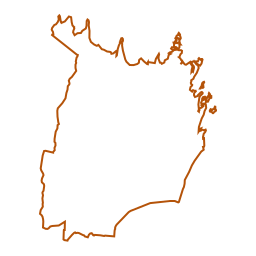 outline of Kandieng, Pouthisat, Cambodia
{"feature_id": "14789045B76302811248791", "entity_name": "Kandieng", "entity_type": "district", "adm_level": 2, "iso_a3": "KHM", "parent_name": "Cambodia", "parent_adm1": "Pouthisat", "projection": "robinson", "projection_center": [104.048, 12.697], "detail": "fine", "context": "isolated", "style": "outline", "palette": "amber", "viewbox_px": 256, "rotation_deg": 0, "n_neighbors": 0, "source": "geoboundaries", "source_scale": "gbopen_adm2", "svg_char_len": 5679}
<svg xmlns="http://www.w3.org/2000/svg" viewBox="0 0 256 256"><path d="M40.0,213.8L41.6,215.2L42.5,216.7L43.1,219.3L43.3,221.6L43.0,227.5L45.7,228.8L47.5,228.9L48.6,228.3L50.3,226.5L52.2,226.0L58.8,225.5L64.9,221.7L64.7,230.0L63.9,230.0L63.8,230.6L63.5,239.4L64.4,240.1L67.5,240.6L67.9,239.6L72.2,234.7L74.2,232.8L75.1,232.4L75.9,233.1L77.5,232.8L78.8,233.0L82.8,235.0L84.1,235.4L84.8,236.4L87.8,237.3L88.9,234.8L90.2,233.5L91.7,233.2L92.4,234.2L93.1,234.7L93.2,235.2L94.0,235.5L94.8,234.9L100.3,235.3L104.2,236.0L105.0,235.6L114.2,236.4L114.6,230.8L114.9,229.3L115.2,228.9L115.1,227.9L115.5,226.5L116.6,224.7L128.7,212.1L130.6,210.9L150.2,203.1L170.0,201.0L174.7,201.0L178.2,202.4L178.9,202.0L182.9,189.1L183.9,187.0L184.6,183.7L184.8,180.0L189.1,171.9L191.9,165.4L194.6,160.8L201.2,151.6L203.7,149.7L203.0,146.9L204.0,146.7L204.3,145.7L204.0,138.3L203.1,138.7L203.0,137.1L203.7,133.8L205.2,132.0L205.9,130.4L205.6,129.6L203.9,130.3L202.0,129.5L201.2,130.5L200.0,130.9L200.2,130.3L199.6,129.8L200.5,128.6L199.7,128.9L199.0,131.0L198.6,131.6L198.9,127.0L201.7,118.5L203.7,114.7L204.6,111.0L206.2,107.9L205.8,104.5L205.5,104.2L203.4,104.3L202.9,103.8L203.5,103.6L204.7,104.0L205.7,102.7L206.0,101.2L206.5,100.6L207.4,101.7L208.0,101.6L209.3,98.8L209.4,97.4L210.1,94.4L209.0,93.0L208.8,93.4L208.9,94.9L206.9,97.9L206.8,98.8L206.4,99.0L206.5,97.9L205.4,97.0L204.9,98.5L206.2,100.2L204.3,99.4L203.5,99.9L203.1,99.5L201.9,100.8L201.1,102.8L201.5,103.9L201.8,103.4L202.1,103.7L201.5,104.9L202.1,105.5L201.7,105.8L202.3,106.4L203.2,105.4L203.4,106.1L201.5,107.7L199.8,108.1L199.4,108.7L199.4,110.4L199.0,110.7L198.9,111.7L198.2,111.1L198.9,109.4L198.4,104.4L199.3,97.9L199.9,96.2L202.6,93.6L202.6,92.7L201.8,92.0L200.8,92.4L198.0,95.1L197.8,95.9L195.0,97.0L194.1,95.5L194.0,93.9L194.4,92.7L195.8,91.3L195.6,90.8L194.7,91.1L193.6,90.3L192.9,90.2L192.1,91.6L189.9,89.8L190.5,87.1L192.1,85.5L192.2,84.8L191.2,84.1L190.8,82.9L191.4,81.1L191.2,80.3L193.4,78.8L194.1,76.9L196.8,72.8L198.7,68.0L198.0,65.0L196.8,64.7L196.2,64.1L194.0,61.1L193.6,61.6L192.4,61.6L191.8,62.1L191.9,64.1L193.8,66.3L194.0,67.8L193.0,71.8L192.7,71.5L193.2,68.9L193.0,67.2L192.1,69.6L191.9,71.5L191.5,72.0L191.7,69.7L192.4,67.1L192.4,66.1L190.6,63.6L190.8,62.0L190.5,61.7L186.1,64.7L185.3,64.6L184.5,64.1L183.0,62.1L180.5,64.1L181.8,62.5L182.1,60.5L181.1,60.0L180.4,58.5L178.9,57.2L179.4,57.0L180.5,54.2L181.8,53.0L182.0,50.8L181.1,50.2L178.8,50.2L177.2,49.6L173.9,50.1L172.0,51.8L169.8,52.4L168.9,53.1L170.6,53.9L168.7,54.9L167.8,58.7L164.8,60.3L164.3,62.5L161.8,63.8L160.8,62.6L159.9,62.6L158.5,58.7L158.6,56.6L159.1,54.4L158.9,53.8L155.9,58.9L154.8,63.1L149.0,62.2L148.1,62.9L148.0,62.0L147.6,62.7L147.8,64.2L147.2,64.1L144.2,61.6L141.1,58.4L139.5,59.6L139.1,60.1L138.9,62.7L137.3,64.0L133.5,65.1L129.7,65.0L126.4,61.7L125.3,59.5L122.9,50.5L122.1,45.6L122.2,43.9L121.9,43.1L120.9,42.0L120.2,41.8L119.8,42.2L120.0,43.3L118.9,45.3L117.8,48.9L116.8,55.5L116.4,55.9L116.8,50.8L116.4,50.8L113.3,53.4L111.4,53.8L110.9,52.3L110.2,51.9L107.1,51.5L103.8,49.7L101.8,49.2L98.4,44.9L96.9,45.8L96.3,45.6L94.1,44.5L90.9,41.9L89.4,37.9L89.5,30.8L88.7,25.3L89.0,22.1L88.5,20.3L87.9,19.8L87.5,19.5L86.7,21.0L86.5,26.0L85.8,28.5L82.3,30.8L80.9,33.0L77.5,33.2L74.6,35.2L73.1,32.3L73.4,30.6L74.3,28.6L73.9,27.7L74.2,27.1L72.5,25.5L71.7,22.2L71.1,17.2L68.9,16.5L64.9,21.4L61.9,22.7L61.3,21.9L61.1,22.3L60.8,21.8L59.9,16.2L59.3,15.4L58.3,16.5L58.8,19.5L57.7,22.1L56.0,24.3L54.3,25.0L52.1,28.0L51.7,29.7L53.0,32.0L53.4,34.6L53.1,35.0L51.4,34.5L76.8,54.6L77.8,55.0L77.4,56.5L76.6,57.5L75.8,61.5L76.2,62.9L75.5,64.6L75.5,68.0L76.2,70.9L71.9,76.9L69.7,78.8L68.8,80.7L69.5,83.3L69.3,84.4L67.8,86.2L67.5,89.7L66.4,93.0L65.5,98.3L62.3,103.2L57.8,108.3L57.3,110.8L57.5,116.6L58.3,122.3L58.9,124.0L57.6,125.1L57.4,128.4L55.7,131.7L54.6,138.7L54.5,141.8L55.4,142.9L55.5,145.5L54.5,147.9L54.7,150.2L53.1,152.0L53.1,152.6L45.6,150.8L44.1,151.0L42.7,155.5L40.7,168.4L41.2,170.3L43.1,173.6L43.5,175.1L42.0,178.5L41.6,180.5L41.9,182.3L43.9,184.2L44.2,185.9L43.5,190.8L42.8,191.7L42.4,192.9L43.0,195.2L42.4,198.4L42.9,202.9L42.6,203.9L42.8,206.7L40.7,210.1L40.0,213.8ZM179.5,44.1L179.0,43.0L179.5,43.0L179.8,42.4L179.2,41.3L179.5,40.9L179.4,40.2L178.6,38.4L180.3,39.1L180.8,38.1L180.2,36.0L178.6,34.7L176.7,35.6L176.3,36.6L176.2,37.2L178.0,38.1L176.6,38.4L176.7,40.0L174.7,41.6L174.5,42.1L176.8,42.3L177.6,42.9L177.2,43.2L175.8,42.8L175.2,43.2L175.1,42.8L173.6,42.7L173.9,43.7L174.2,43.8L173.9,46.3L174.2,46.8L176.3,47.2L177.4,48.3L178.5,48.8L179.4,47.4L179.5,44.1ZM201.0,60.0L199.0,58.1L198.5,58.6L198.7,59.3L197.9,61.4L195.5,61.4L195.4,61.8L195.6,62.5L197.5,64.1L200.1,65.6L201.5,63.6L202.5,59.5L202.1,59.0L201.5,59.0L201.0,60.0ZM215.4,109.5L215.3,106.7L214.9,106.6L214.0,108.8L213.7,109.2L212.4,109.3L212.0,110.3L211.2,110.6L211.5,109.6L210.6,109.2L209.8,110.5L209.9,111.5L210.5,111.7L211.0,111.1L212.7,113.1L213.3,113.1L214.7,111.4L215.4,111.3L216.0,110.6L216.0,110.0L215.4,109.5ZM176.0,48.0L173.6,47.0L173.0,47.4L172.0,47.2L171.1,48.6L172.3,49.7L172.9,49.8L175.9,48.9L176.2,48.3L176.0,48.0ZM201.2,87.2L202.8,87.9L203.5,87.3L203.1,84.2L204.2,82.2L204.0,81.8L203.1,82.2L202.2,83.2L201.2,87.2ZM122.7,41.5L123.0,40.3L122.8,38.8L122.2,38.1L121.3,38.3L120.4,40.6L121.4,41.4L122.7,41.5ZM203.1,99.5L204.3,98.6L204.9,97.1L204.6,96.8L203.1,97.1L202.5,98.0L202.1,99.0L203.1,99.5ZM209.6,96.7L211.0,98.0L211.3,97.8L211.3,96.0L210.9,95.9L209.6,96.7ZM180.0,34.5L178.8,32.9L178.3,33.6L178.2,34.2L179.8,35.1L180.0,34.5ZM201.2,87.2L200.8,87.1L200.0,88.5L200.6,88.5L201.1,87.9L201.2,87.2ZM176.6,38.4L176.7,37.9L175.6,37.8L175.3,38.4L175.6,38.8L176.6,38.4ZM179.5,44.1L180.2,44.5L180.6,44.5L179.9,43.6L179.5,44.1Z" fill="none" stroke="#b45309" stroke-width="2"/></svg>